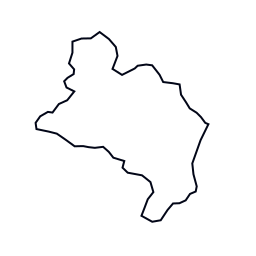 Spitali, Limassol, Cyprus (orthographic projection), rotated 118°
{"feature_id": "46923920B19373286387095", "entity_name": "Spitali", "entity_type": "district", "adm_level": 2, "iso_a3": "CYP", "parent_name": "Cyprus", "parent_adm1": "Limassol", "projection": "orthographic", "projection_center": [33.009, 34.764], "detail": "fine", "context": "isolated", "style": "outline", "palette": "ink", "viewbox_px": 256, "rotation_deg": 118, "n_neighbors": 0, "source": "geoboundaries", "source_scale": "gbopen_adm2", "svg_char_len": 989}
<svg xmlns="http://www.w3.org/2000/svg" viewBox="0 0 256 256"><g transform="rotate(118 128 128)"><path d="M86.9,58.8L87.2,62.2L84.1,68.7L82.3,74.6L81.7,82.7L78.2,88.6L73.7,96.8L65.3,102.9L67.4,109.4L70.9,118.5L66.2,125.1L61.3,136.1L63.4,141.7L68.5,148.7L72.3,150.0L83.9,158.2L83.1,169.4L69.3,171.1L62.2,176.8L58.4,186.6L56.6,198.1L66.3,202.9L70.8,211.0L77.8,217.6L87.6,212.4L98.7,210.4L101.5,203.1L105.9,201.3L112.0,204.9L116.7,206.3L121.1,201.3L120.9,192.6L132.0,194.7L139.3,200.3L149.8,201.9L151.4,206.3L158.9,211.0L166.8,212.0L168.5,210.8L171.9,208.3L168.4,196.3L166.4,188.2L167.6,177.8L169.2,166.5L166.2,161.2L165.0,159.0L163.4,153.8L161.1,148.0L156.3,141.1L158.1,133.7L161.1,127.0L158.9,115.8L165.6,114.2L167.6,107.3L163.2,93.4L165.2,82.8L172.7,75.5L181.6,77.1L190.9,75.9L199.2,74.9L199.4,62.6L194.1,55.8L181.8,54.6L173.5,52.8L170.3,47.3L164.8,43.1L157.1,42.3L152.3,38.4L147.3,39.9L138.1,48.5L129.1,54.6L104.7,58.2L86.9,58.8Z" fill="none" stroke="#020617" stroke-width="2"/></g></svg>